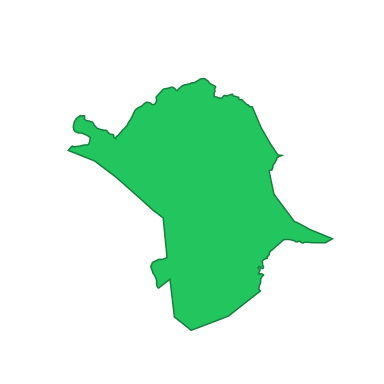 Santiago Textitlán, Oaxaca, Mexico (Equal Earth projection), rotated 43°
{"feature_id": "50627088B13437276838139", "entity_name": "Santiago Textitlán", "entity_type": "district", "adm_level": 2, "iso_a3": "MEX", "parent_name": "Mexico", "parent_adm1": "Oaxaca", "projection": "equal_earth", "projection_center": [-97.325, 16.718], "detail": "fine", "context": "isolated", "style": "filled", "palette": "green", "viewbox_px": 384, "rotation_deg": 43, "n_neighbors": 0, "source": "geoboundaries", "source_scale": "gbopen_adm2", "svg_char_len": 5362}
<svg xmlns="http://www.w3.org/2000/svg" viewBox="0 0 384 384"><g transform="rotate(43 192 192)"><path d="M264.4,295.4L285.7,293.7L301.3,262.0L302.2,260.1L303.2,258.1L309.5,217.7L309.4,217.7L308.7,217.7L307.5,217.5L307.0,217.3L306.5,216.7L305.9,215.7L305.4,215.0L304.9,214.1L304.7,213.1L304.2,212.2L303.9,211.4L302.9,210.4L302.4,209.7L301.9,209.0L301.5,208.6L301.0,207.8L300.9,206.7L301.0,205.6L301.0,204.6L301.0,203.9L299.1,204.0L297.3,205.8L297.0,206.4L296.5,206.6L294.9,202.5L294.4,202.3L293.6,202.4L293.1,202.5L292.6,202.5L292.3,202.5L292.0,202.4L292.0,201.3L292.3,200.5L292.7,200.5L294.1,200.7L294.8,200.6L295.1,200.4L295.4,200.2L295.7,199.9L295.9,199.4L295.9,198.9L296.0,198.6L295.5,198.2L294.6,197.7L294.0,197.4L293.0,196.9L292.2,196.1L292.1,195.8L291.3,195.3L290.8,195.1L290.6,194.6L290.6,194.3L290.6,193.6L290.6,193.3L290.8,192.2L290.8,191.5L290.9,191.0L291.1,190.8L291.5,190.4L291.9,189.9L292.3,189.4L292.2,188.7L291.7,188.4L291.2,188.1L291.0,187.7L291.1,187.1L291.4,186.7L291.5,186.2L291.3,185.5L290.9,184.7L290.3,184.2L290.1,183.8L289.9,183.2L289.7,182.5L289.6,182.1L289.7,181.6L289.7,181.0L289.9,180.8L290.0,180.6L291.6,164.1L292.8,163.2L293.4,162.2L294.6,161.3L295.4,160.5L296.2,160.0L297.4,159.3L298.5,158.8L299.3,158.3L300.0,157.8L300.7,157.7L301.4,157.8L302.2,157.4L302.9,156.9L303.3,156.1L303.5,155.5L304.3,154.7L304.5,154.5L305.5,154.6L306.6,154.3L306.9,154.2L307.3,154.1L307.9,153.7L308.3,153.2L308.5,152.2L308.6,151.8L312.6,148.6L314.9,146.7L324.1,138.3L326.6,130.4L304.2,138.9L289.1,142.8L287.2,143.8L253.5,137.7L242.3,129.9L234.4,124.2L234.2,124.1L233.9,123.3L234.5,122.6L235.0,121.8L235.4,121.2L235.0,120.8L234.9,120.5L234.9,120.1L234.6,120.0L234.6,119.5L234.4,119.1L234.3,118.8L234.1,118.8L233.9,118.6L233.8,118.3L233.4,117.9L233.3,117.6L233.1,116.6L232.7,116.1L232.6,115.7L232.7,115.2L232.8,114.9L232.8,114.7L232.7,114.0L232.6,113.9L232.4,113.6L232.3,113.1L232.3,112.6L232.2,112.3L232.0,111.9L232.0,111.2L231.8,110.6L231.3,109.9L230.9,109.2L230.7,108.5L231.3,107.6L231.3,107.1L231.2,106.9L231.4,106.4L231.7,106.3L231.8,105.9L232.5,104.8L232.8,104.0L229.5,106.3L216.9,103.4L216.7,103.4L215.0,102.8L198.6,97.8L178.0,88.6L176.0,90.1L175.0,90.2L174.6,90.1L174.1,90.0L173.6,90.0L173.3,90.2L172.6,90.6L171.8,90.7L170.9,90.6L170.5,90.6L170.1,90.6L169.4,90.6L168.6,90.6L168.0,90.7L167.1,90.6L166.4,90.3L165.4,90.6L164.6,91.5L163.8,92.1L163.1,92.0L162.1,91.4L161.6,90.9L160.6,91.4L159.5,92.0L158.5,92.4L157.8,92.9L157.3,93.4L156.4,93.6L155.7,93.5L155.1,92.8L154.4,93.5L153.7,94.6L153.3,95.5L152.8,96.4L152.2,97.5L151.6,98.2L150.9,98.6L150.4,98.8L150.1,99.0L149.7,99.6L149.6,100.3L149.8,101.1L149.9,102.0L149.7,103.1L148.4,104.3L147.2,105.0L146.2,105.4L145.4,105.6L144.5,106.3L143.2,107.1L142.1,106.0L140.9,104.7L140.3,103.5L140.1,102.5L139.5,102.1L138.7,101.7L138.2,100.9L137.9,99.8L137.7,99.0L137.0,98.8L135.4,99.2L133.9,99.7L132.5,100.0L131.0,100.4L129.7,100.4L128.8,100.0L127.3,99.9L125.5,100.4L125.3,100.4L124.9,100.3L124.4,100.3L123.9,100.6L123.4,100.9L123.1,101.2L121.6,102.7L121.1,103.6L120.8,104.3L120.7,105.2L120.6,105.8L120.2,106.7L120.0,107.7L119.6,108.7L119.3,109.7L119.1,110.5L118.8,111.0L118.5,111.3L117.9,111.8L116.9,112.9L117.0,114.3L115.4,115.8L114.1,117.9L113.7,118.5L113.1,119.5L112.6,120.6L112.2,122.8L112.1,124.8L111.9,126.5L111.9,128.1L110.3,128.4L109.9,128.3L109.2,128.1L108.3,128.1L106.9,128.4L106.1,128.8L105.4,129.5L104.8,130.8L104.0,132.0L100.9,136.3L101.0,147.1L102.1,147.9L102.9,148.5L104.1,149.8L104.6,151.0L104.8,153.3L103.7,154.9L102.5,155.3L101.3,155.2L100.3,155.6L99.6,155.9L98.5,156.5L97.6,157.2L97.0,159.0L96.7,160.9L96.8,161.9L96.8,162.5L96.4,164.3L95.8,165.4L95.2,167.2L94.9,168.7L94.6,170.0L94.8,171.5L95.2,173.1L95.6,174.1L96.0,175.6L96.3,176.5L96.9,177.9L97.2,179.4L97.7,180.8L97.8,182.6L98.1,184.1L98.5,185.9L99.4,187.5L99.0,189.7L99.2,191.2L99.2,192.5L98.9,194.3L99.2,195.7L99.2,198.7L99.4,200.4L99.2,201.6L98.9,203.4L99.8,205.0L97.9,205.3L96.7,204.7L95.8,203.7L94.8,203.9L93.4,205.1L92.2,205.7L90.4,205.7L89.3,205.5L88.6,205.2L87.7,205.4L86.8,205.5L86.0,206.3L85.2,207.5L84.1,207.3L83.1,208.4L82.1,208.7L81.3,209.2L80.1,209.6L78.8,210.1L77.1,209.9L75.2,209.9L74.3,209.6L73.2,209.0L72.3,208.9L71.4,208.8L70.1,209.6L68.8,210.0L67.0,211.2L66.3,211.5L65.5,212.0L64.6,212.0L63.3,211.9L62.4,210.3L61.4,209.7L60.3,210.4L59.1,212.2L58.2,212.3L57.6,215.1L57.4,217.3L57.6,218.5L58.1,220.9L58.6,221.6L59.0,222.6L59.7,223.8L60.4,224.8L61.1,225.7L62.2,226.4L63.1,227.0L63.9,227.3L64.9,227.5L65.6,227.4L66.3,227.2L67.1,227.0L68.1,226.5L68.8,226.1L69.3,225.6L71.1,224.1L73.6,223.2L76.4,222.2L80.4,221.5L81.4,222.9L82.3,224.3L83.4,226.3L83.7,227.4L83.5,229.1L81.8,230.3L80.9,231.5L79.6,233.3L78.7,234.8L77.8,235.9L77.0,236.9L75.9,238.3L74.6,239.6L73.9,240.0L73.2,239.9L72.9,240.9L73.2,246.0L99.6,235.7L109.0,234.8L125.8,233.0L155.1,232.2L176.0,231.9L188.6,230.6L218.4,256.9L218.0,258.0L217.6,258.9L217.2,259.7L217.0,260.3L216.9,260.8L216.7,261.1L216.4,261.5L215.6,262.1L213.6,263.9L213.1,265.3L211.2,270.4L212.5,274.5L217.7,277.3L218.2,277.7L219.1,278.1L219.9,278.1L220.8,278.3L221.4,278.5L222.1,278.7L222.8,279.2L223.9,279.5L225.2,279.8L225.6,280.4L226.2,280.7L226.6,281.1L227.3,281.7L227.6,282.0L228.0,282.5L228.6,283.2L229.3,283.8L230.1,284.2L230.7,284.8L231.6,285.1L232.3,285.3L233.1,285.0L235.4,270.9L238.3,273.3L255.4,287.8L257.9,289.9L264.4,295.4Z" fill="#22c55e" stroke="#15803d" stroke-width="1.5"/></g></svg>